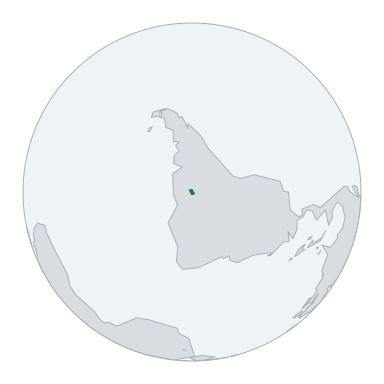 Alto Paraná on an orthographic globe, rotated 140°
{"feature_id": "PRY-616", "entity_name": "Alto Paraná", "entity_type": "Department", "adm_level": 1, "iso_a3": "PRY", "parent_name": "Paraguay", "parent_adm1": "", "projection": "orthographic", "projection_center": [-55.001, -25.353], "detail": "fine", "context": "on_globe", "style": "filled", "palette": "green", "viewbox_px": 384, "rotation_deg": 140, "n_neighbors": 0, "source": "natural_earth", "source_scale": "10m", "svg_char_len": 4810}
<svg xmlns="http://www.w3.org/2000/svg" viewBox="0 0 384 384"><g transform="rotate(140 192 192)"><circle cx="192" cy="192" r="169" fill="#eef3f6" stroke="#a8b0b8"/><path d="M136.3,32.5L147.8,30.0L145.9,31.1L147.4,31.9L150.9,30.5L151.0,29.5L157.8,27.5L157.1,27.0L159.8,26.4L161.2,25.9L166.8,25.0L171.4,24.5L170.5,25.0L172.5,25.0L178.1,24.0L180.9,25.1L190.7,26.4L190.8,27.0L182.5,28.5L170.6,29.3L159.9,33.1L172.7,29.8L172.8,32.4L175.2,32.7L178.6,32.3L180.9,31.2L182.2,32.2L170.0,35.2L168.7,34.4L172.5,33.3L166.9,33.9L158.7,36.8L159.4,38.3L146.3,42.6L146.6,43.9L143.9,45.8L144.3,43.3L143.3,48.2L128.0,57.0L126.5,67.8L121.7,60.8L116.1,61.5L109.1,63.8L108.6,65.5L100.0,67.4L90.9,74.3L85.8,84.7L87.3,91.0L97.1,87.5L100.9,82.1L108.6,78.9L101.3,92.5L114.5,90.4L112.1,100.4L115.7,104.6L122.7,101.6L129.9,102.7L135.5,95.9L144.4,91.5L144.1,99.5L149.4,91.5L154.1,94.8L172.1,93.0L170.6,95.0L185.7,104.2L202.8,108.8L206.8,115.3L204.7,119.3L210.8,120.7L210.9,123.4L235.7,129.9L248.9,138.8L248.7,148.7L238.3,158.9L230.1,183.9L211.6,191.2L207.8,202.1L194.9,218.6L183.6,217.2L187.8,225.9L182.3,231.2L175.2,231.8L174.8,238.1L169.6,238.6L173.7,242.6L166.8,251.5L170.5,258.3L165.9,265.8L168.5,269.9L166.2,269.9L164.2,271.8L164.5,274.2L156.7,271.1L152.7,261.9L154.2,256.9L151.1,256.5L154.0,244.0L151.2,246.8L149.1,229.6L151.6,215.3L150.4,177.9L146.3,171.3L133.4,165.3L117.7,143.8L121.3,133.5L118.1,129.8L128.5,114.9L126.2,104.1L122.6,103.3L118.8,108.2L107.1,104.4L103.7,97.5L71.9,98.6L69.5,96.6L70.9,90.9L67.9,80.6L65.7,93.2L63.0,92.5L62.4,89.0L64.6,86.4L66.6,80.5L65.3,80.7L69.1,76.1L78.7,66.6L89.1,58.0L100.1,50.2L111.7,43.3L123.8,37.4L136.3,32.5ZM124.8,72.1L139.9,75.0L130.5,77.4L132.5,75.9L128.8,74.2L121.7,73.6L113.7,76.9L124.8,72.1ZM133.4,64.0L130.7,64.2L133.5,63.6L133.4,64.0ZM158.0,26.5L159.6,26.2L158.5,26.4L158.0,26.5ZM170.3,278.2L157.7,272.5L164.5,274.9L167.8,270.7L175.0,275.4L170.3,278.2ZM180.7,267.6L185.4,265.5L187.0,266.6L184.1,268.4L180.7,267.6ZM299.7,61.8L296.8,59.8L300.0,65.8L296.2,64.4L289.4,60.3L280.3,50.8L289.8,55.0L286.7,52.5L278.0,46.9L281.6,48.9L279.2,47.3L281.5,48.7L299.7,61.8ZM356.9,228.7L353.7,240.5L351.0,243.4L346.2,254.9L344.1,255.5L340.6,261.6L336.1,265.6L330.4,267.6L326.0,260.6L329.7,254.4L333.5,239.7L340.6,208.3L345.9,198.1L347.2,188.2L343.6,163.0L344.7,153.0L342.7,147.1L339.2,145.6L336.5,138.6L334.0,136.9L315.3,131.2L307.0,121.5L291.2,97.6L292.7,91.0L288.6,82.2L295.6,64.3L302.1,68.3L313.2,74.6L315.5,76.9L319.6,82.0L332.1,97.5L338.7,108.1L344.4,119.2L349.4,130.6L353.5,142.4L356.7,154.4L359.1,166.7L360.5,179.1L361.0,191.5L360.5,204.0L359.2,216.4L356.9,228.7ZM299.0,74.6L300.2,76.9L300.3,76.9L299.0,74.6ZM172.7,92.9L174.8,94.4L171.9,94.5L172.7,92.9ZM128.8,80.6L132.2,80.1L133.9,80.9L131.2,81.8L128.8,80.6ZM158.4,76.4L162.5,76.7L158.1,77.7L158.4,76.4ZM142.4,75.4L155.1,76.5L146.5,79.7L138.6,79.2L144.3,77.7L142.4,75.4ZM131.0,68.1L133.0,68.2L132.1,69.5L131.0,68.1ZM135.4,63.7L134.5,63.9L133.7,63.2L135.4,63.7ZM173.5,32.2L174.5,32.0L177.8,31.9L175.9,32.4L173.5,32.2ZM194.4,29.7L195.9,31.3L193.5,30.3L191.2,31.1L183.3,30.4L190.4,27.4L188.6,28.7L194.4,29.7ZM174.7,29.2L178.9,29.6L174.0,29.3L174.7,29.2ZM267.1,40.6L268.4,41.3L265.9,40.4L262.8,38.7L263.1,38.7L267.1,40.6ZM278.3,46.7L274.0,44.5L274.5,44.6L271.4,42.9L270.9,42.6L278.3,46.7ZM178.5,23.6L179.3,23.5L174.2,24.0L176.6,23.9L170.9,24.4L178.5,23.6ZM209.3,23.9L208.4,23.9L209.0,24.3L201.7,23.7L196.4,23.1L195.5,23.1L209.3,23.9ZM317.0,78.3L314.9,76.0L315.5,76.7L317.0,78.3ZM305.9,67.3L306.4,67.7L310.4,71.5L309.2,70.5L305.9,67.3ZM304.4,65.9L306.2,67.5L304.0,65.5L303.6,65.2L304.4,65.9ZM282.4,334.7L282.7,334.5L283.1,334.3L282.4,334.7ZM342.5,268.9L341.8,270.1L343.2,266.8L347.0,259.0L350.4,250.8L342.5,268.9Z" fill="#d9dde1" stroke="#a8b0b8" stroke-width="1"/><path d="M193.1,192.7L193.1,192.8L192.9,193.0L193.0,193.1L193.1,193.3L193.1,193.5L193.0,193.8L192.9,193.8L192.9,194.0L192.9,194.3L192.9,194.5L193.0,194.5L192.9,194.5L192.7,194.6L192.6,194.4L192.4,194.4L192.4,194.5L192.3,194.4L192.2,194.3L192.2,194.5L191.9,194.6L191.7,194.5L191.4,194.5L191.3,194.4L191.2,194.2L191.4,194.1L191.3,193.9L191.2,193.9L190.9,193.9L190.7,193.9L190.6,193.7L190.6,193.4L190.7,193.2L190.8,193.2L190.8,192.9L190.9,192.7L190.7,192.6L191.3,191.7L191.5,191.7L191.6,191.8L191.7,191.7L191.7,191.8L191.8,191.8L191.9,192.0L192.0,192.0L192.1,191.9L192.1,191.7L191.7,191.3L191.5,191.1L191.4,191.1L191.2,191.0L191.2,190.9L191.1,190.7L191.2,190.4L191.1,190.2L191.2,189.9L191.2,189.7L191.3,189.6L191.7,189.4L191.7,189.5L191.8,189.6L192.0,189.6L192.3,189.7L192.3,189.8L192.5,189.9L192.5,190.0L192.6,189.9L192.8,189.9L192.9,190.0L193.0,190.0L193.3,190.1L193.5,190.1L193.7,190.3L193.5,191.0L193.4,191.1L193.5,191.2L193.5,191.3L193.5,191.5L193.4,191.5L193.3,191.8L193.2,192.0L193.0,192.3L193.1,192.5L193.1,192.7Z" fill="#22c55e" stroke="#15803d" stroke-width="1.5"/></g></svg>